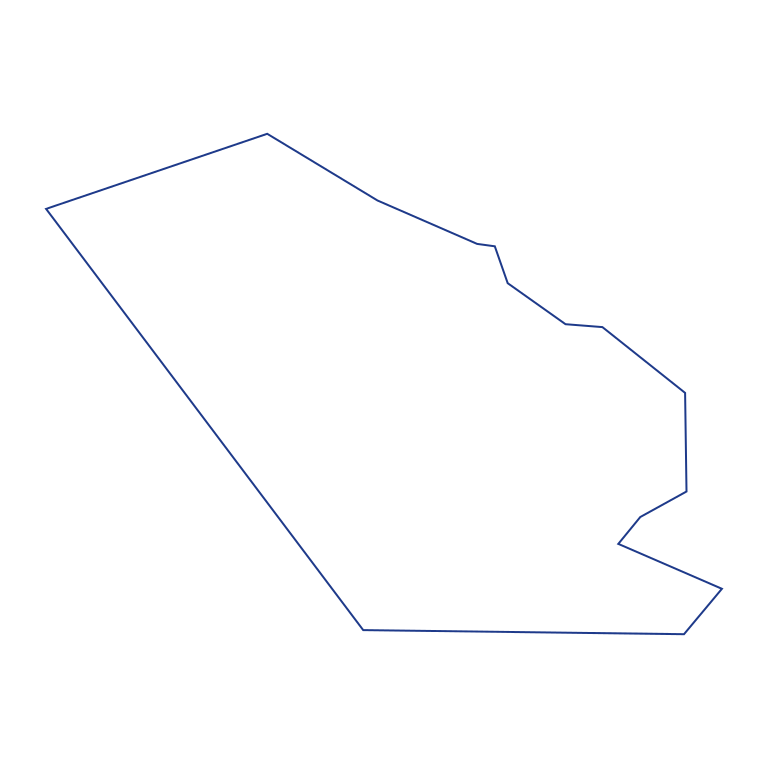 the district of Skagway, Alaska, United States of America
{"feature_id": "52423323B42499529045056", "entity_name": "Skagway", "entity_type": "district", "adm_level": 2, "iso_a3": "USA", "parent_name": "United States of America", "parent_adm1": "Alaska", "projection": "equal_earth", "projection_center": [-135.23, 59.572], "detail": "fine", "context": "isolated", "style": "outline", "palette": "blue", "viewbox_px": 768, "rotation_deg": 0, "n_neighbors": 0, "source": "geoboundaries", "source_scale": "gbopen_adm2", "svg_char_len": 329}
<svg xmlns="http://www.w3.org/2000/svg" viewBox="0 0 768 768"><path d="M684.0,634.2L721.9,588.8L618.3,543.9L640.3,517.0L686.5,491.5L685.1,392.9L602.4,327.1L565.5,324.2L507.7,283.2L494.8,246.3L477.1,243.9L377.5,200.5L267.2,133.8L56.0,205.5L46.1,208.9L363.2,630.1L684.0,634.2Z" fill="none" stroke="#1e3a8a" stroke-width="2"/></svg>